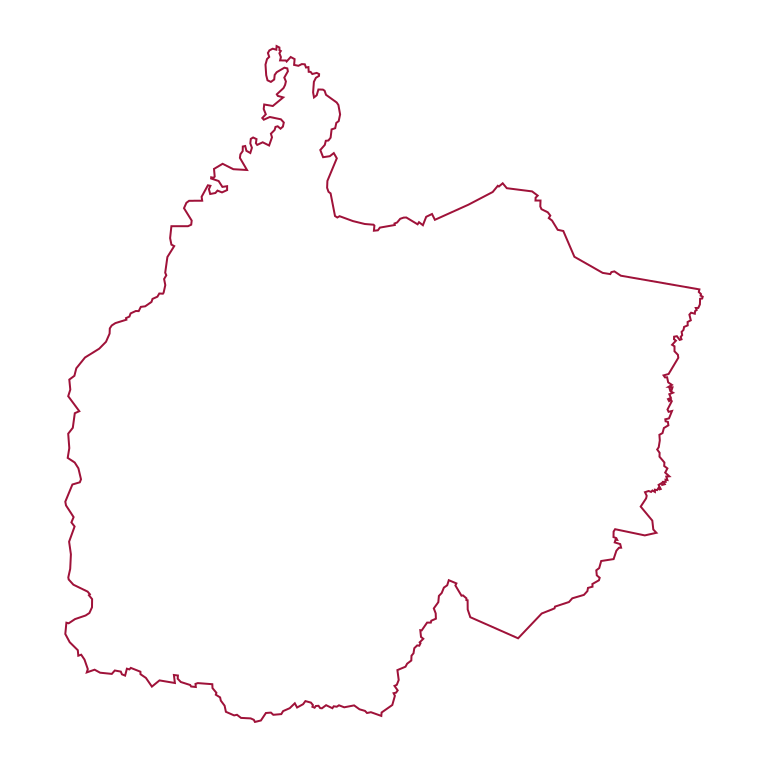 the district of Kosum Phisai, Maha Sarakham, Thailand
{"feature_id": "78962969B36169565655926", "entity_name": "Kosum Phisai", "entity_type": "district", "adm_level": 2, "iso_a3": "THA", "parent_name": "Thailand", "parent_adm1": "Maha Sarakham", "projection": "mercator", "projection_center": [103.006, 16.27], "detail": "fine", "context": "isolated", "style": "outline", "palette": "rose", "viewbox_px": 768, "rotation_deg": 0, "n_neighbors": 0, "source": "geoboundaries", "source_scale": "gbopen_adm2", "svg_char_len": 6023}
<svg xmlns="http://www.w3.org/2000/svg" viewBox="0 0 768 768"><path d="M66.4,622.7L65.3,634.0L69.7,642.2L77.8,650.2L78.3,655.7L81.2,654.7L84.5,659.6L87.8,669.1L86.8,672.4L94.6,669.7L100.1,672.7L111.8,673.9L114.8,670.5L120.8,671.6L121.9,674.3L125.1,675.6L126.9,668.7L129.4,669.4L130.8,667.9L140.4,671.7L140.5,674.2L145.9,677.9L151.9,686.6L159.5,680.4L174.9,683.0L173.9,675.0L177.9,675.5L177.7,678.7L180.8,682.0L190.2,685.0L191.1,686.5L195.8,687.0L195.5,683.9L197.8,683.1L212.3,684.2L212.5,688.1L216.4,692.8L215.8,694.7L220.1,697.4L220.8,700.6L224.6,705.7L225.9,711.8L234.1,715.4L237.0,714.8L241.0,717.9L250.7,718.4L253.8,719.8L254.9,721.9L260.9,720.5L265.9,713.0L270.9,712.6L273.3,714.8L281.3,714.1L283.1,711.1L289.7,708.2L294.8,703.3L297.1,707.5L303.1,704.2L305.4,701.1L310.9,702.6L312.9,705.0L312.4,706.8L314.6,707.7L315.8,706.0L318.5,705.8L320.2,708.1L321.9,708.3L326.1,705.2L332.4,708.2L333.7,706.3L336.8,706.7L339.0,705.3L344.2,707.3L354.1,705.4L359.5,709.3L365.0,710.9L367.0,713.0L370.9,712.2L381.3,715.9L381.6,712.5L392.3,705.0L394.9,695.8L393.6,693.2L396.0,692.7L397.7,690.4L394.5,685.9L396.8,684.8L398.7,680.0L397.4,670.1L405.5,666.7L407.1,663.7L411.3,660.5L411.5,655.7L413.5,653.3L414.3,648.2L417.2,645.4L419.3,645.7L420.5,643.2L419.7,642.3L423.3,638.8L421.0,636.9L420.3,630.2L421.7,630.4L427.1,622.6L430.8,622.6L431.3,620.7L435.9,618.7L435.7,613.4L433.8,608.4L438.3,602.2L438.9,595.9L441.7,593.0L443.9,587.6L447.2,585.3L448.8,580.2L456.4,583.4L455.4,585.5L461.5,595.7L463.0,595.4L466.4,598.3L466.4,600.1L467.6,600.3L467.7,609.5L470.3,617.2L518.1,638.3L541.7,613.5L554.5,608.4L555.0,606.6L569.0,602.0L572.3,598.3L583.9,594.9L587.4,591.1L588.0,587.9L592.5,586.7L592.4,584.0L598.9,580.3L599.7,577.8L596.8,575.4L596.3,570.3L599.2,568.1L601.2,561.0L613.6,559.1L616.4,550.7L618.9,547.8L621.1,547.7L620.2,544.1L614.7,542.4L615.5,539.8L617.2,539.9L616.3,538.1L613.5,537.1L613.6,531.6L615.1,529.2L644.8,535.4L656.4,532.8L653.3,529.5L652.3,520.6L640.7,506.6L646.1,498.4L646.7,495.8L645.0,492.2L648.6,491.0L651.1,491.9L652.4,490.5L654.9,491.9L654.9,489.7L657.1,490.1L658.5,487.9L659.5,489.4L660.7,489.0L658.6,484.9L661.8,483.0L662.2,484.9L664.8,484.2L663.4,481.9L665.7,481.9L665.5,479.7L667.4,480.0L666.3,476.6L669.3,476.3L665.2,472.6L667.4,468.4L664.2,466.0L664.4,462.5L659.5,456.7L659.6,452.8L657.2,449.5L658.7,447.3L659.8,440.4L659.4,434.8L662.5,433.1L663.9,428.0L668.4,425.3L667.9,421.9L665.6,421.3L665.3,419.3L669.0,418.4L672.0,411.0L668.6,411.8L667.5,409.5L671.8,401.2L671.0,399.8L669.1,401.1L668.0,399.1L670.9,397.9L669.3,394.2L673.0,392.7L670.3,391.0L669.7,388.9L671.7,389.8L672.5,387.3L668.5,386.9L671.9,384.9L668.2,382.4L667.1,377.3L665.0,377.4L663.6,375.4L668.6,374.0L678.3,357.8L677.9,354.8L674.5,351.3L674.5,346.3L672.1,344.8L675.9,340.7L674.0,339.2L674.1,336.7L676.9,336.2L679.7,339.9L681.5,339.3L680.7,336.9L682.2,335.1L681.6,331.9L683.5,329.9L684.1,326.9L687.7,325.4L687.6,322.0L690.8,320.3L689.4,314.6L691.1,312.7L694.8,313.7L695.1,311.1L696.7,310.0L695.8,308.0L698.3,307.9L699.9,304.4L700.1,298.8L702.2,298.5L702.7,296.7L700.6,295.6L701.0,294.1L698.8,292.0L699.4,289.4L620.8,275.7L614.4,271.4L611.4,272.1L610.3,274.1L602.7,272.9L574.4,256.8L563.3,231.0L557.7,229.8L552.0,220.5L548.8,218.1L550.3,215.6L547.8,212.3L541.5,209.2L540.3,206.5L540.5,200.5L535.5,200.5L535.6,197.7L537.7,195.6L532.1,191.4L506.8,188.2L502.7,183.3L498.9,186.5L497.8,185.8L492.7,192.0L468.4,204.7L434.9,219.8L432.0,214.0L426.2,216.8L422.9,225.2L419.0,222.2L417.6,224.3L406.3,217.5L403.7,217.6L400.2,218.8L397.1,222.5L394.5,223.5L394.8,225.0L379.9,227.6L377.9,230.3L373.9,230.7L374.4,225.6L373.5,224.7L364.8,224.0L353.0,221.1L339.6,216.2L337.3,217.5L335.0,216.0L330.6,193.4L328.5,191.8L327.1,187.8L327.4,180.9L336.8,158.3L333.8,153.1L329.8,156.2L323.1,157.2L320.3,150.0L324.8,144.9L325.8,140.8L328.4,140.5L330.6,137.7L331.6,129.4L335.2,128.2L336.3,122.9L338.7,121.1L340.1,114.4L338.4,105.0L336.7,102.5L326.0,94.8L324.6,90.7L322.9,89.6L318.4,89.5L316.7,95.3L314.0,97.4L313.1,92.4L313.9,81.8L315.9,77.8L319.0,75.9L319.1,74.1L316.7,72.9L312.3,74.0L310.6,71.9L308.7,71.8L308.4,67.1L306.0,67.5L304.8,64.3L301.8,64.1L298.4,65.8L294.1,64.9L294.6,59.1L290.7,57.0L286.6,61.5L285.9,60.5L280.1,60.4L280.9,57.1L279.4,53.2L280.8,51.0L279.5,50.3L279.4,47.5L276.6,46.1L276.3,49.7L272.7,48.7L269.4,50.4L267.9,53.0L269.2,56.9L267.0,59.1L265.5,64.6L266.2,75.2L267.5,80.3L270.9,81.9L274.2,79.5L274.7,74.9L276.7,72.2L284.4,67.7L287.3,68.4L287.9,71.3L284.3,77.6L285.9,81.4L285.1,84.9L283.5,88.1L276.8,94.3L277.8,95.9L283.2,97.4L272.8,106.0L264.2,104.5L263.7,109.0L265.8,114.3L262.3,118.0L263.8,119.7L269.8,117.0L280.9,119.3L283.8,122.5L282.9,126.6L280.5,128.7L277.7,126.3L275.5,126.9L274.6,130.0L270.9,133.7L272.0,137.3L269.1,145.5L262.7,142.3L257.2,144.9L255.9,143.2L256.5,139.1L253.1,137.5L250.8,138.9L250.3,143.4L251.9,147.8L250.3,153.0L246.4,150.8L245.2,146.0L242.8,146.5L242.7,151.1L240.4,154.3L239.9,157.9L247.0,170.0L233.3,169.2L222.6,163.8L214.0,168.9L214.7,176.6L213.5,177.8L211.2,177.3L211.1,178.5L218.6,181.0L222.4,186.9L227.1,186.2L227.1,190.1L222.0,192.4L217.5,190.6L215.4,193.0L210.2,194.0L208.9,189.2L210.4,185.8L207.9,185.3L201.6,196.8L202.2,200.7L189.1,200.8L186.4,202.8L184.0,208.2L191.7,220.6L191.2,224.7L188.0,226.2L171.4,226.2L170.1,238.1L171.4,244.6L174.2,246.1L167.4,257.0L165.2,272.7L166.3,275.3L164.1,279.0L165.3,285.1L163.6,292.7L162.9,293.7L159.3,293.5L157.4,296.7L152.5,298.9L151.5,301.9L145.2,306.3L140.8,306.9L138.7,311.1L135.8,311.0L130.6,313.4L129.4,316.6L126.0,318.1L126.4,319.7L115.4,323.1L111.7,325.5L109.8,328.4L109.6,333.6L106.0,341.8L99.2,348.7L85.0,357.5L76.3,368.3L74.4,375.8L69.3,379.6L70.3,389.6L68.2,396.2L79.3,411.2L74.8,413.2L72.8,427.8L68.2,433.7L69.3,448.1L67.7,457.9L74.7,462.5L78.4,468.3L81.0,479.3L79.8,482.3L72.4,484.5L65.3,501.7L66.0,505.4L73.6,517.1L71.4,522.4L74.6,526.5L69.1,541.7L70.9,554.3L70.2,568.9L68.3,577.4L68.7,579.5L73.4,584.7L87.6,591.6L89.9,594.3L88.9,595.2L92.1,599.1L92.0,607.3L89.4,613.0L85.6,615.5L75.0,619.1L68.7,623.3L66.4,622.7Z" fill="none" stroke="#9f1239" stroke-width="2"/></svg>